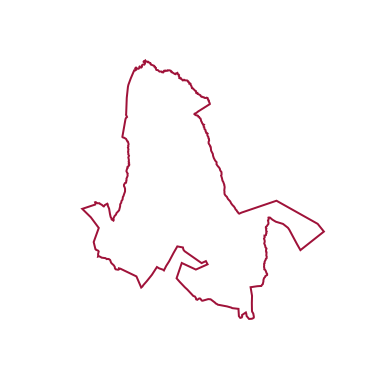 outline of Narok North, Rift Valley, Kenya, rotated 160°
{"feature_id": "3690345B19794245895997", "entity_name": "Narok North", "entity_type": "district", "adm_level": 2, "iso_a3": "KEN", "parent_name": "Kenya", "parent_adm1": "Rift Valley", "projection": "robinson", "projection_center": [35.859, -0.842], "detail": "fine", "context": "isolated", "style": "outline", "palette": "rose", "viewbox_px": 384, "rotation_deg": 160, "n_neighbors": 0, "source": "geoboundaries", "source_scale": "gbopen_adm2", "svg_char_len": 6092}
<svg xmlns="http://www.w3.org/2000/svg" viewBox="0 0 384 384"><g transform="rotate(160 192 192)"><path d="M272.4,119.6L271.0,120.1L269.5,121.2L265.1,123.6L258.0,127.9L250.6,133.5L249.0,131.5L245.9,129.0L245.2,127.9L241.6,131.3L237.3,134.6L230.1,141.1L224.4,145.9L219.5,143.0L219.8,140.7L219.2,138.9L207.3,121.9L202.6,122.3L202.1,118.7L214.9,117.8L225.9,128.8L236.0,116.2L234.3,111.8L231.3,104.9L229.8,102.0L226.3,93.8L225.1,92.9L224.8,92.0L224.6,90.6L224.8,89.7L223.9,88.9L221.7,89.5L221.0,89.3L220.5,88.5L220.0,86.7L219.2,86.2L213.4,85.8L211.2,84.8L208.1,80.0L207.9,79.2L207.1,78.5L206.3,77.3L198.2,72.5L194.7,70.0L193.9,69.1L188.3,66.3L190.4,59.3L189.7,57.2L188.2,57.1L187.5,57.7L187.0,59.3L182.6,60.4L182.6,59.3L183.1,56.8L181.8,53.2L179.4,52.5L178.3,52.4L176.9,52.8L176.5,53.8L176.0,56.8L176.4,58.9L176.3,59.8L173.7,67.3L171.1,73.9L169.5,82.5L162.7,81.1L159.0,80.0L157.7,81.0L157.1,81.1L155.5,83.5L155.0,84.8L153.8,86.4L152.5,87.1L151.8,87.9L149.8,88.3L149.7,88.5L149.4,89.4L149.7,90.3L149.7,93.0L150.1,94.3L150.5,94.6L150.0,95.9L150.0,96.9L149.2,98.5L148.9,99.8L148.0,100.4L147.9,101.2L147.4,101.9L146.1,103.0L145.5,103.9L144.6,104.2L143.9,105.7L143.9,106.9L142.6,109.8L142.8,110.1L142.6,110.4L142.7,111.2L141.8,113.0L141.4,113.2L141.4,113.7L141.9,114.8L141.6,116.5L141.7,119.0L140.7,120.3L140.3,121.7L140.3,123.6L139.2,124.5L139.1,125.7L138.8,126.3L138.2,126.0L137.3,126.2L136.6,127.5L136.3,127.6L136.0,128.2L136.0,128.9L135.3,129.3L135.5,130.2L135.3,131.2L134.6,132.3L134.9,132.9L134.7,133.6L134.5,133.9L133.2,134.4L132.1,135.3L131.3,135.7L130.7,136.8L130.3,139.4L129.7,139.6L129.2,140.4L128.9,141.8L128.6,141.8L127.5,141.3L125.9,138.5L123.4,135.4L117.4,130.9L114.1,125.6L113.5,123.4L111.2,107.4L110.0,100.3L81.6,109.7L84.8,119.1L115.6,154.9L152.4,155.7L155.0,155.5L155.5,156.0L155.9,157.7L156.3,158.3L156.3,159.4L157.0,160.6L157.1,162.1L157.6,164.2L158.3,165.5L159.1,168.0L159.3,170.1L160.6,173.2L160.9,175.6L161.7,177.1L162.1,178.7L161.8,180.2L161.4,181.0L161.1,182.5L159.7,185.3L159.4,186.6L159.4,187.4L159.2,187.7L159.2,191.2L159.5,192.2L159.1,194.7L159.0,197.5L158.7,197.6L158.2,198.4L157.5,200.6L157.9,201.8L158.1,203.3L157.9,204.3L158.2,205.8L158.8,207.1L159.5,209.6L158.7,211.6L159.5,213.6L159.9,216.6L159.8,219.1L159.4,220.6L159.9,224.3L159.0,227.9L159.4,228.5L159.1,229.2L159.6,231.1L159.7,232.3L159.1,233.7L158.4,234.3L157.9,236.2L158.1,236.5L158.1,237.3L157.8,237.9L158.2,239.7L157.8,241.4L157.4,241.6L157.7,242.2L158.4,242.6L158.4,243.0L158.2,243.3L158.5,244.3L158.1,245.4L158.7,246.9L158.3,248.8L158.7,249.2L158.3,250.4L158.5,251.1L157.9,251.3L158.6,252.1L158.9,253.2L158.9,254.4L159.1,255.2L158.9,258.1L159.5,258.9L159.6,260.1L160.3,260.6L160.3,261.6L161.1,262.3L161.7,262.5L162.5,263.3L163.1,264.4L162.8,264.7L161.0,264.8L158.6,265.6L145.2,268.5L145.0,269.2L145.2,271.8L144.9,272.0L144.9,272.4L145.2,272.6L145.4,273.8L145.2,274.1L145.2,275.0L145.9,275.6L146.2,275.5L147.7,275.9L148.5,277.0L148.9,277.0L149.8,278.0L150.2,278.0L150.8,278.7L151.0,279.0L150.9,279.7L151.5,280.7L151.9,281.0L152.8,282.1L153.1,282.2L153.0,283.2L153.8,283.3L154.2,283.7L153.9,284.7L154.0,285.0L153.8,285.4L154.3,285.9L156.0,289.6L156.3,289.4L156.5,289.6L156.3,291.6L156.6,292.7L156.4,294.1L157.5,294.6L157.4,295.2L157.2,295.0L157.0,295.4L157.9,296.7L158.0,297.1L157.7,297.3L158.3,298.4L160.7,299.5L160.8,299.9L161.1,300.2L161.8,299.9L162.6,300.1L162.9,301.1L163.6,302.0L163.5,302.7L163.8,303.0L164.4,302.9L165.0,303.4L164.5,304.7L164.8,305.7L164.2,306.3L164.4,307.0L165.0,307.7L165.0,308.8L165.4,308.7L166.2,309.0L167.1,308.3L167.8,308.8L169.5,311.0L170.0,311.4L169.8,311.8L170.0,312.2L170.3,311.9L170.5,312.2L170.7,313.4L172.0,314.3L173.3,314.3L173.5,314.7L174.4,314.5L175.5,315.2L176.0,314.8L176.4,314.9L176.4,315.4L176.7,315.5L177.4,315.2L177.6,314.6L178.1,314.2L178.4,314.3L178.6,314.8L179.3,314.9L179.6,315.7L181.4,316.3L182.4,318.2L183.7,318.9L183.8,320.2L183.5,321.0L184.0,321.4L183.9,322.3L184.5,322.6L184.5,323.6L187.0,325.8L186.9,326.1L187.2,326.3L187.1,327.5L188.0,328.1L188.5,329.3L188.8,329.5L189.4,329.3L189.9,330.1L190.5,330.4L190.8,330.9L190.9,331.6L191.5,331.4L192.5,331.4L193.0,330.9L192.8,330.4L192.1,330.1L192.0,329.8L192.1,329.0L192.8,328.3L193.2,328.0L194.3,328.5L195.0,328.5L196.0,327.9L196.1,326.9L197.0,326.3L197.6,326.5L198.4,327.8L198.6,327.7L198.9,326.8L200.0,326.1L201.2,326.6L201.5,326.9L201.9,328.0L202.1,328.1L203.1,327.6L203.2,327.2L203.0,326.9L202.3,326.4L202.5,326.0L204.2,325.6L204.8,326.0L210.7,319.7L215.1,314.5L216.3,312.6L221.1,302.8L227.4,287.3L227.6,287.1L227.4,284.7L228.9,284.0L229.6,283.2L238.6,267.6L238.0,266.6L237.2,266.2L235.8,264.4L235.4,261.5L235.0,261.3L235.2,258.6L236.2,257.3L236.1,256.9L236.4,256.2L237.0,255.8L237.1,253.8L237.5,253.4L238.0,251.9L238.4,251.6L238.6,249.9L239.0,249.3L238.8,247.6L240.0,246.3L240.3,244.0L240.7,242.8L241.2,242.1L241.0,241.4L241.8,240.3L241.9,239.7L241.5,239.5L241.6,239.1L242.0,238.5L242.9,238.0L243.9,237.8L244.3,237.2L244.0,237.0L244.1,236.7L245.0,236.1L246.1,234.7L246.5,234.0L246.4,232.5L246.1,231.3L246.5,230.9L246.8,229.6L247.3,228.8L249.0,227.0L249.5,225.4L250.1,224.9L250.1,224.5L250.8,223.3L252.0,223.3L253.5,222.0L253.9,220.8L253.7,219.6L253.8,217.9L254.8,215.3L257.0,212.7L257.6,211.8L258.7,210.9L259.9,208.6L261.4,207.6L262.2,206.1L263.0,205.6L263.7,204.9L264.5,203.0L266.8,199.7L270.3,197.9L271.1,196.8L273.0,195.9L274.8,194.1L275.2,193.1L275.1,192.5L275.6,192.0L276.9,193.7L276.7,194.9L277.0,196.3L276.6,199.4L275.6,204.7L275.8,208.0L275.4,209.3L275.6,210.0L278.5,209.5L279.7,208.6L280.0,208.7L281.2,210.9L282.7,212.5L282.8,213.1L284.4,213.6L285.6,214.7L285.9,215.4L286.3,215.5L286.6,215.5L286.6,214.1L287.2,213.3L300.9,213.7L295.7,202.8L291.9,190.1L301.5,178.6L302.3,171.4L302.0,171.1L302.0,170.6L300.3,169.0L300.0,168.1L301.5,165.8L301.8,164.6L302.4,163.5L301.4,163.5L300.0,162.1L299.5,161.3L295.9,159.4L295.1,158.1L294.2,158.0L293.7,157.6L293.3,157.6L292.8,157.1L292.2,156.1L292.2,153.4L291.9,152.4L290.6,149.9L290.4,149.1L290.2,148.0L290.5,146.8L290.2,145.5L288.0,144.2L287.0,144.3L286.7,145.2L285.5,144.4L273.1,131.7L272.4,119.6Z" fill="none" stroke="#9f1239" stroke-width="2"/></g></svg>